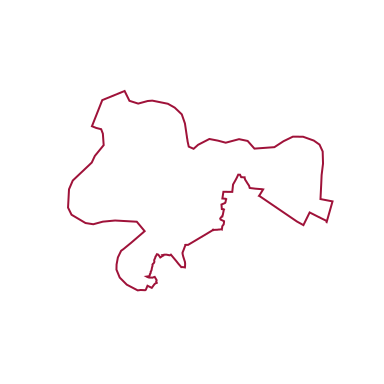 Darayya, Rif Dimashq, Syria, rotated 126°
{"feature_id": "27442178B13792068888358", "entity_name": "Darayya", "entity_type": "district", "adm_level": 2, "iso_a3": "SYR", "parent_name": "Syria", "parent_adm1": "Rif Dimashq", "projection": "robinson", "projection_center": [36.249, 33.454], "detail": "fine", "context": "isolated", "style": "outline", "palette": "rose", "viewbox_px": 384, "rotation_deg": 126, "n_neighbors": 0, "source": "geoboundaries", "source_scale": "gbopen_adm2", "svg_char_len": 4223}
<svg xmlns="http://www.w3.org/2000/svg" viewBox="0 0 384 384"><g transform="rotate(126 192 192)"><path d="M137.2,65.4L117.0,72.8L122.2,83.9L109.2,92.4L102.1,97.1L92.0,102.7L82.4,110.1L78.7,116.7L78.8,123.7L82.0,134.6L87.9,142.9L97.1,147.8L107.3,151.7L120.2,167.0L118.0,177.0L121.6,185.0L132.3,193.7L135.2,201.2L138.9,209.1L150.2,214.8L156.1,216.1L157.2,221.3L154.1,224.8L153.3,225.7L153.1,225.8L152.8,226.1L152.4,226.5L151.5,227.4L151.3,227.7L150.2,228.7L140.7,238.0L135.2,245.9L133.9,255.6L134.8,263.4L141.4,277.8L144.4,281.3L152.1,287.5L155.0,296.2L149.9,305.9L170.4,318.6L197.6,311.6L196.5,307.2L194.6,302.4L197.2,298.4L206.0,291.0L219.9,291.8L227.1,290.4L252.8,295.2L262.1,293.1L277.5,283.1L281.2,276.1L279.7,259.9L276.1,252.9L268.4,246.7L260.3,237.5L248.5,219.2L251.5,207.3L269.3,211.5L278.8,214.0L281.2,214.8L288.5,213.5L295.0,210.4L299.2,207.5L303.7,200.2L305.3,190.3L303.5,178.1L301.5,176.0L299.0,172.2L298.2,171.9L294.0,172.9L293.2,168.2L288.8,168.2L287.5,167.9L286.2,167.1L286.0,167.4L285.9,167.5L285.4,168.4L285.0,168.5L284.1,168.8L282.6,172.3L283.4,172.9L284.6,173.7L285.0,174.4L285.3,174.8L285.6,175.2L286.0,175.8L286.2,176.0L286.3,176.2L286.4,176.4L286.5,176.5L286.7,177.3L286.9,177.7L287.0,178.1L287.1,179.0L286.8,178.7L285.9,177.8L285.2,177.2L284.9,177.1L284.7,177.1L283.8,177.4L283.4,177.7L283.1,177.7L283.0,177.8L282.9,177.8L282.7,177.8L282.4,177.8L282.2,177.8L281.9,177.9L281.7,177.9L281.6,178.0L281.4,178.1L281.2,178.3L280.9,178.5L280.7,178.5L280.1,178.6L279.5,178.7L279.1,178.8L278.6,179.0L277.8,179.4L277.2,179.7L276.2,180.1L275.7,180.3L275.3,180.4L275.0,180.5L274.6,180.8L274.2,181.1L274.0,181.3L273.9,181.3L273.7,181.3L273.3,181.4L273.2,181.4L272.9,181.3L272.7,181.3L272.6,181.2L272.2,181.1L271.4,181.2L271.0,181.3L270.9,181.3L270.7,181.4L270.6,181.5L270.4,181.6L270.2,181.7L270.1,181.8L269.9,182.1L269.7,182.3L269.4,182.5L269.2,182.6L268.9,182.7L267.8,182.9L266.9,183.1L266.7,183.1L266.2,183.4L265.9,183.5L265.6,183.6L265.4,183.6L265.1,183.5L264.8,183.5L264.1,183.6L263.9,183.7L263.5,183.8L262.9,183.8L262.8,183.2L262.5,182.5L262.6,182.2L263.0,180.8L263.2,180.3L263.6,179.2L262.6,178.8L261.9,178.6L261.2,178.3L260.6,178.0L260.4,178.8L259.8,178.2L259.5,178.0L259.2,177.8L258.7,177.2L258.5,176.9L257.8,176.0L257.4,175.2L257.3,174.9L257.1,174.5L256.6,173.5L256.6,173.3L256.5,173.2L256.4,173.0L256.3,172.8L256.1,172.7L255.7,172.3L255.1,172.2L257.1,164.2L258.0,161.0L258.1,160.6L258.7,158.0L259.1,156.5L258.6,156.0L258.0,155.0L257.6,154.3L257.4,153.9L257.2,153.4L257.0,153.5L256.3,153.9L254.2,155.3L254.0,155.5L253.8,155.6L253.6,155.8L253.4,156.0L253.2,156.2L253.0,156.4L252.8,156.5L251.4,158.4L249.5,161.0L248.0,162.8L247.4,163.4L247.2,163.6L247.0,163.8L246.8,163.8L246.7,163.9L246.5,164.0L246.4,164.1L243.6,164.8L240.4,165.7L239.6,165.9L239.4,165.9L239.2,166.0L238.8,166.2L238.7,166.3L238.6,166.2L237.1,164.1L210.7,152.8L210.5,152.7L210.2,152.9L210.0,152.7L210.2,152.3L210.0,152.2L209.3,151.4L208.5,150.4L207.7,149.4L207.5,149.1L207.0,148.7L206.1,147.6L205.4,146.9L204.7,146.0L204.7,145.9L203.6,146.4L203.2,146.6L203.0,146.8L202.8,146.9L202.6,147.0L202.4,147.1L202.2,147.2L202.0,147.3L201.9,147.3L201.6,147.4L201.3,147.4L201.1,147.4L200.8,147.4L199.7,147.3L197.7,148.3L196.8,148.9L197.5,152.7L196.8,153.6L195.2,153.6L194.0,153.0L193.3,153.6L193.2,153.6L192.9,153.5L192.7,153.5L187.5,155.9L187.4,155.9L187.4,156.0L187.3,156.3L188.1,157.4L188.3,157.8L184.8,160.8L181.8,159.0L181.7,159.0L181.6,158.9L181.4,158.9L181.2,158.8L180.9,158.8L180.7,158.9L180.5,159.0L180.4,159.0L177.8,160.2L177.7,160.2L177.7,160.3L177.6,160.5L177.7,160.8L179.4,163.6L173.4,166.7L168.2,159.5L161.8,163.2L157.3,163.7L153.8,164.2L150.8,164.8L149.8,163.3L151.1,161.0L151.1,160.9L150.0,159.3L149.8,158.7L149.2,158.1L149.8,157.5L150.1,157.1L150.3,156.8L150.4,156.7L150.6,156.5L150.7,156.4L151.0,155.7L151.1,155.3L151.3,154.9L151.6,154.1L151.9,153.4L152.4,152.2L152.9,150.8L153.4,149.5L153.5,149.4L153.6,149.2L153.8,149.0L154.8,147.7L153.9,146.0L153.0,144.4L152.3,143.1L151.1,141.1L150.0,139.3L148.7,137.2L148.1,136.0L154.6,135.5L155.7,135.5L155.6,135.2L154.2,89.8L154.2,89.7L153.3,82.4L139.4,84.8L139.0,82.4L137.7,74.3L137.6,74.2L137.4,72.5L136.3,66.3L137.2,65.5L137.2,65.4Z" fill="none" stroke="#9f1239" stroke-width="2"/></g></svg>